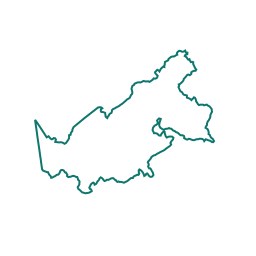 Barra de São Francisco, Espírito Santo, Brazil (Robinson projection), rotated 52°
{"feature_id": "56859067B7430516791214", "entity_name": "Barra de São Francisco", "entity_type": "district", "adm_level": 2, "iso_a3": "BRA", "parent_name": "Brazil", "parent_adm1": "Espírito Santo", "projection": "robinson", "projection_center": [-40.814, -18.663], "detail": "fine", "context": "isolated", "style": "outline", "palette": "teal", "viewbox_px": 256, "rotation_deg": 52, "n_neighbors": 0, "source": "geoboundaries", "source_scale": "gbopen_adm2", "svg_char_len": 5643}
<svg xmlns="http://www.w3.org/2000/svg" viewBox="0 0 256 256"><g transform="rotate(52 128 128)"><path d="M64.4,196.2L67.1,197.8L68.5,198.6L76.7,203.3L77.6,203.9L85.0,208.1L88.0,209.8L90.3,211.1L93.4,212.9L95.8,214.3L97.2,215.1L98.7,215.9L100.5,217.0L107.6,221.1L109.2,221.2L110.3,220.6L111.7,219.7L112.8,219.1L113.5,218.2L114.7,218.5L116.1,218.8L117.5,218.7L118.6,218.6L119.9,219.2L120.5,218.1L120.6,216.6L121.1,215.0L121.0,213.0L121.8,211.7L121.6,210.4L121.0,209.1L120.1,207.6L120.0,206.4L120.8,205.4L122.0,204.8L123.0,204.9L124.2,205.0L124.9,204.3L126.3,204.5L127.4,204.5L128.3,205.6L129.9,205.3L130.6,204.0L131.2,202.9L131.6,201.5L132.3,200.3L133.5,199.5L134.5,199.1L135.4,198.2L136.5,198.5L138.1,199.2L139.4,199.0L140.5,199.2L141.2,200.0L142.6,201.2L143.2,202.7L143.6,204.0L144.5,204.4L145.5,204.6L146.5,204.4L147.5,204.1L148.6,204.0L150.6,203.7L151.8,202.7L153.2,201.8L154.0,200.3L155.0,198.5L155.3,197.1L155.4,195.4L153.8,194.9L152.5,195.5L151.2,195.2L150.5,193.7L149.7,192.2L149.4,190.9L149.6,189.0L150.6,188.7L152.1,189.2L152.4,187.6L152.0,186.4L151.3,184.9L151.2,183.7L150.9,182.6L150.2,181.5L150.1,179.9L151.3,179.4L152.3,179.2L153.9,179.3L155.3,179.2L155.8,177.9L155.7,176.7L156.9,175.2L157.1,173.8L157.3,172.5L157.8,171.3L158.7,170.4L159.7,170.3L160.7,170.2L161.9,169.6L163.0,169.9L164.1,169.4L164.3,168.3L165.4,167.8L166.1,166.7L167.1,165.9L168.6,164.9L168.9,163.4L169.3,161.8L169.4,160.1L169.3,158.3L169.3,156.5L170.4,154.9L169.8,153.7L169.8,152.5L170.3,150.8L170.5,149.5L171.4,148.6L170.9,147.2L169.9,147.0L168.9,146.2L168.0,145.7L167.7,144.5L168.9,144.0L170.5,143.7L173.3,143.8L174.3,144.2L175.8,144.7L176.0,143.1L175.4,142.2L175.6,140.9L176.7,140.7L178.1,140.9L179.5,140.8L180.7,140.0L181.2,138.6L180.7,136.9L179.4,136.3L178.1,135.8L176.3,135.7L174.9,135.3L173.6,135.3L172.9,136.2L171.8,136.1L170.5,135.7L170.0,134.5L168.9,133.8L167.4,133.6L166.8,132.7L166.7,131.5L166.4,130.3L166.1,128.9L165.4,127.7L165.3,126.1L165.5,124.5L166.1,123.3L166.2,122.0L166.3,120.5L166.7,118.9L166.8,117.5L167.2,115.9L167.6,114.0L167.8,112.4L167.7,111.2L167.7,109.9L167.8,108.6L167.9,107.0L167.9,105.5L167.5,104.1L165.9,103.8L165.2,102.1L164.9,100.8L164.7,99.6L163.7,98.2L162.0,98.5L160.8,99.9L159.8,101.4L159.4,103.3L158.0,103.4L156.1,102.8L154.5,102.1L153.6,101.5L152.7,101.8L152.8,103.3L153.1,104.6L153.5,105.9L154.1,106.9L153.1,108.1L152.0,108.3L150.9,108.3L150.0,108.8L149.0,109.5L148.1,110.7L146.7,110.3L144.9,110.0L144.1,109.2L143.3,108.3L142.7,106.5L142.6,104.9L142.9,103.9L142.9,102.1L141.7,101.0L140.0,100.5L139.7,98.8L139.6,97.6L141.0,96.6L142.2,98.4L143.3,99.9L144.1,100.9L145.4,101.9L147.5,102.4L149.1,101.9L150.3,101.5L151.5,100.9L151.7,99.1L152.4,98.0L153.0,97.0L153.3,95.7L154.3,95.3L155.3,94.3L157.7,94.0L159.3,93.0L160.8,92.8L161.8,92.0L163.2,91.5L164.5,91.4L166.1,91.0L167.1,89.7L168.6,88.8L169.8,89.2L170.5,90.0L171.8,89.5L172.9,89.0L173.7,88.3L174.0,86.6L175.0,85.8L176.2,85.2L177.4,84.4L178.4,83.2L178.9,81.2L180.0,79.7L180.6,78.1L181.4,77.2L182.1,76.4L183.2,75.9L184.2,75.7L185.3,76.0L185.1,74.8L184.7,73.8L185.6,73.1L187.1,72.3L188.8,71.0L190.8,70.5L191.6,69.6L191.3,68.3L189.9,68.1L188.5,67.9L187.2,68.4L185.8,68.4L183.8,67.8L182.4,68.3L181.4,67.3L180.3,66.7L179.3,66.3L178.0,66.0L176.9,66.3L175.6,66.8L174.8,65.8L174.4,64.1L173.2,63.1L172.5,62.0L171.9,61.1L171.7,59.8L171.1,58.5L170.5,57.1L169.8,56.2L168.6,55.2L167.6,53.4L167.0,51.8L165.7,51.2L164.7,50.4L162.7,50.4L161.0,50.5L159.4,51.3L158.1,51.5L157.4,52.9L157.0,54.1L155.8,54.5L155.0,55.6L154.2,56.6L153.6,58.0L152.1,58.2L150.4,57.9L149.1,58.0L148.2,57.4L147.1,57.0L145.4,56.6L144.4,57.2L144.8,58.4L144.8,59.5L145.1,60.8L143.5,61.1L142.1,61.7L141.2,62.3L140.3,62.9L138.7,61.6L137.7,62.2L136.6,63.3L135.2,63.7L133.6,63.4L132.5,63.5L131.4,64.1L130.0,63.8L128.9,63.5L127.9,63.3L126.8,63.0L126.3,61.7L124.9,61.2L125.3,59.9L125.2,58.3L125.0,56.4L124.6,55.0L123.7,53.8L123.4,51.9L123.1,50.4L122.7,49.1L122.9,47.7L124.4,46.8L124.4,44.9L123.1,43.9L123.1,42.4L123.5,41.0L124.5,39.5L124.0,38.2L122.5,38.3L120.8,37.9L119.5,37.6L118.2,37.4L117.1,36.8L116.3,36.1L115.3,36.7L114.8,37.9L113.1,37.7L111.6,37.2L111.3,38.4L109.8,38.5L108.4,38.3L107.3,38.6L106.2,39.0L105.7,37.7L106.4,35.9L105.2,34.8L104.1,35.9L102.2,35.3L102.1,36.8L101.6,38.0L100.8,38.7L99.8,39.1L98.7,40.1L98.6,41.8L99.1,43.4L100.6,44.1L100.2,45.2L100.2,46.4L99.9,47.8L99.1,48.8L98.5,50.3L98.5,51.9L98.6,53.7L99.4,54.7L99.1,56.2L98.7,58.2L99.8,59.3L100.8,60.1L101.1,61.1L102.3,61.8L101.3,62.6L101.5,65.4L102.1,66.8L102.8,68.4L101.5,68.4L100.2,69.1L100.4,70.6L100.7,72.4L101.9,72.8L103.1,72.7L105.0,72.4L105.8,73.4L106.3,74.6L105.9,76.2L104.7,77.3L105.1,78.6L105.1,80.0L105.0,81.2L104.8,82.8L103.8,83.2L103.0,84.2L102.3,85.4L101.3,86.1L100.4,87.0L100.2,88.6L99.8,90.1L98.7,91.3L97.9,92.6L97.5,94.1L97.1,95.6L97.8,96.9L97.5,98.5L98.4,99.9L99.4,101.2L100.8,101.7L102.8,102.8L103.7,103.8L103.9,105.5L104.6,106.7L105.2,107.7L105.3,108.9L105.1,110.0L104.9,111.2L105.1,112.8L105.2,114.8L105.3,116.7L105.3,118.4L105.1,119.6L105.2,121.3L104.9,122.9L104.5,124.8L104.4,126.3L103.9,128.0L104.1,129.7L105.2,130.7L105.9,131.8L105.6,133.3L105.9,134.7L106.5,135.7L106.6,136.9L107.4,138.2L106.2,138.6L104.9,138.5L104.1,137.8L103.1,137.4L102.0,136.7L101.1,137.2L100.1,137.9L98.8,139.2L97.5,138.8L96.6,137.7L96.7,136.1L95.6,136.2L94.8,136.9L93.9,137.9L93.4,139.1L93.4,156.3L93.8,170.4L95.1,172.9L96.1,173.7L96.7,176.1L98.0,177.4L97.4,178.9L99.7,180.6L100.5,182.3L101.1,184.2L101.6,186.0L101.4,187.7L99.5,188.4L98.2,189.3L96.8,191.3L96.0,192.1L94.2,193.9L92.7,191.9L91.2,191.8L90.2,192.7L90.3,194.4L89.7,195.3L88.1,195.6L85.6,195.7L85.3,197.8L72.8,196.7L66.5,196.3L64.4,196.2Z" fill="none" stroke="#0f766e" stroke-width="2"/></g></svg>